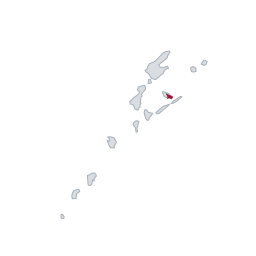 East Ambae, Penama, Vanuatu shown in context, rotated 62°
{"feature_id": "77236927B82748520253825", "entity_name": "East Ambae", "entity_type": "district", "adm_level": 2, "iso_a3": "VUT", "parent_name": "Vanuatu", "parent_adm1": "Penama", "projection": "mercator", "projection_center": [167.967, -15.324], "detail": "fine", "context": "in_parent", "style": "outline", "palette": "rose", "viewbox_px": 256, "rotation_deg": 62, "n_neighbors": 0, "source": "geoboundaries", "source_scale": "gbopen_adm2", "svg_char_len": 2939}
<svg xmlns="http://www.w3.org/2000/svg" viewBox="0 0 256 256"><g transform="rotate(62 128 128)"><path d="M84.7,61.0L86.6,71.2L88.8,71.1L89.9,70.6L91.2,68.2L91.8,64.5L93.0,64.0L94.4,64.4L93.8,65.5L94.2,68.5L95.3,70.2L96.1,70.5L97.6,78.3L98.1,79.9L98.1,81.2L95.0,84.1L90.3,84.1L87.0,85.8L85.0,85.7L85.0,83.7L83.3,82.1L81.3,78.8L81.8,72.8L78.2,61.7L78.2,59.0L79.4,55.4L80.6,55.2L82.2,58.2L84.7,61.0ZM104.4,100.0L105.7,100.6L106.5,100.6L106.9,102.1L111.2,105.1L112.3,105.0L113.3,106.7L115.1,107.5L115.6,109.2L116.9,110.9L114.6,112.9L110.3,112.4L107.7,114.7L105.5,114.1L105.1,112.9L105.4,112.5L104.0,109.4L103.4,104.6L102.5,101.8L101.5,100.6L99.5,101.6L98.6,101.8L96.7,99.5L97.6,94.8L98.1,93.5L99.7,93.2L102.1,94.5L104.4,100.0ZM161.2,188.2L159.9,189.7L158.7,189.6L150.9,186.1L151.3,184.6L151.0,180.9L151.8,178.9L153.9,178.1L155.6,178.5L156.6,181.5L158.9,182.7L157.3,183.7L160.1,185.9L161.2,188.2ZM134.9,144.7L137.9,149.1L139.1,149.4L137.3,152.6L133.6,152.9L129.2,152.1L130.8,151.0L130.0,149.8L128.7,149.5L127.1,150.1L126.4,149.9L127.4,147.9L129.8,145.0L130.6,144.8L131.2,144.7L131.8,145.0L134.9,144.7ZM130.5,107.4L127.1,107.7L122.4,106.7L120.5,105.4L119.7,104.1L121.3,103.1L123.7,102.6L126.6,99.5L127.6,100.7L128.7,104.1L129.9,105.2L130.6,106.2L130.5,107.4ZM165.9,207.0L164.3,210.4L161.6,209.6L159.1,207.2L157.8,205.0L158.7,200.9L159.9,200.2L161.3,200.4L162.0,204.4L165.9,207.0ZM128.1,96.1L127.6,96.2L127.1,94.7L125.4,87.2L126.5,80.5L127.2,81.9L129.7,93.7L129.3,95.6L128.1,96.1ZM135.0,121.0L135.8,121.5L135.4,122.8L131.3,121.3L128.0,121.9L127.1,121.8L126.1,120.6L125.4,118.3L125.8,116.7L127.1,115.5L127.6,115.3L128.7,116.7L129.6,117.7L130.5,118.1L132.6,120.4L135.0,121.0ZM119.1,79.7L117.1,81.1L113.5,81.0L112.1,80.2L116.6,75.9L121.8,75.0L119.1,79.7ZM109.5,43.7L108.2,45.3L104.9,44.8L104.1,44.4L104.3,41.8L105.2,40.9L107.2,40.1L109.9,41.4L109.5,43.7ZM106.6,33.0L106.2,33.3L105.5,33.0L103.8,29.3L104.2,28.1L106.4,26.9L108.4,29.0L108.5,30.1L108.5,31.1L108.2,31.9L106.9,32.3L106.6,33.0ZM127.3,76.4L126.8,78.3L125.6,76.1L124.8,66.8L125.2,66.0L125.8,65.9L127.3,72.4L127.3,76.4ZM177.8,227.3L176.8,229.1L175.2,229.0L173.1,227.8L173.5,226.3L175.9,226.0L176.5,226.1L177.8,227.3ZM98.7,88.5L98.1,89.3L95.0,87.3L95.7,85.4L99.1,86.1L98.7,88.5Z" fill="#d9dde1" stroke="#a8b0b8" stroke-width="1"/><path d="M119.9,77.8L119.9,77.7L120.0,77.6L119.9,77.5L120.0,77.5L120.0,77.4L120.0,77.2L120.2,76.9L120.3,76.9L120.5,76.8L120.5,76.7L120.7,76.4L120.8,76.4L120.9,76.2L121.0,76.0L121.1,75.9L121.2,75.7L121.3,75.7L121.5,75.5L121.5,75.4L121.6,75.2L121.5,74.9L121.4,74.8L121.2,74.8L121.2,75.0L121.1,74.9L120.9,74.9L120.8,75.0L121.0,75.2L120.9,75.2L120.9,75.3L120.7,75.4L120.6,75.5L120.2,75.7L119.9,75.9L119.7,76.0L119.5,76.3L119.4,76.4L119.4,76.5L119.2,76.7L119.0,76.8L118.9,76.9L118.7,77.0L118.5,77.3L118.3,77.3L118.0,77.5L118.3,77.5L118.6,77.6L118.8,77.6L119.0,77.6L119.4,77.7L119.5,77.7L119.8,77.7L119.9,77.8Z" fill="none" stroke="#9f1239" stroke-width="2"/></g></svg>